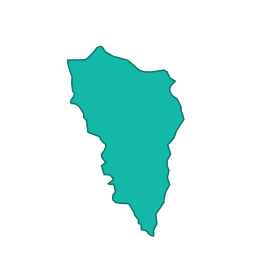 outline of Ouanda-Djallé, Vakaga, Central African Republic, rotated 221°
{"feature_id": "33826404B28698929649290", "entity_name": "Ouanda-Djallé", "entity_type": "district", "adm_level": 2, "iso_a3": "CAF", "parent_name": "Central African Republic", "parent_adm1": "Vakaga", "projection": "natural_earth1", "projection_center": [22.364, 9.073], "detail": "fine", "context": "isolated", "style": "filled", "palette": "teal", "viewbox_px": 256, "rotation_deg": 221, "n_neighbors": 0, "source": "geoboundaries", "source_scale": "gbopen_adm2", "svg_char_len": 1367}
<svg xmlns="http://www.w3.org/2000/svg" viewBox="0 0 256 256"><g transform="rotate(221 128 128)"><path d="M37.8,63.4L41.6,67.6L42.0,69.3L43.3,74.6L46.7,77.8L50.5,81.3L52.1,95.6L54.1,97.7L57.7,104.7L59.3,112.5L65.6,116.2L69.3,122.9L73.3,124.9L77.2,129.1L78.6,136.1L87.1,141.5L86.6,146.4L87.0,151.1L89.7,158.1L91.5,171.2L94.8,173.4L99.2,175.8L101.8,178.7L109.7,182.1L116.1,181.6L120.6,183.1L122.6,185.4L123.5,188.4L123.1,194.3L129.1,193.3L131.9,194.5L135.4,196.0L138.8,195.4L146.8,185.9L152.6,181.0L157.3,179.0L172.6,179.0L186.1,172.4L195.5,170.6L200.5,172.3L202.5,171.4L204.1,167.8L203.8,160.8L204.5,152.7L206.4,150.1L218.2,139.6L213.8,135.9L207.1,131.7L204.0,130.2L199.7,124.8L194.3,119.9L190.4,118.5L189.5,115.0L189.3,111.7L187.9,109.5L186.7,109.4L184.8,111.1L182.2,111.9L178.9,112.2L172.2,110.2L170.4,109.6L168.8,107.2L163.8,106.2L161.0,103.4L155.4,98.5L145.3,102.3L143.3,102.7L140.8,101.3L137.0,100.8L134.2,100.9L132.8,99.8L131.4,96.5L130.9,92.8L130.8,90.7L128.9,89.0L125.5,88.0L122.1,87.4L123.3,82.1L115.4,77.2L111.5,80.4L106.4,80.6L105.3,78.5L105.7,75.9L106.3,73.0L104.3,73.9L102.3,75.9L100.1,75.1L96.3,72.1L95.3,70.3L95.5,68.0L93.6,65.0L91.9,63.8L88.5,63.7L84.4,66.1L77.8,71.5L71.3,69.2L68.2,68.3L65.4,66.5L60.1,65.8L57.6,63.0L54.5,63.7L51.4,60.0L48.1,61.9L45.3,62.4L43.1,61.6L39.1,62.3L37.8,63.4Z" fill="#14b8a6" stroke="#0f766e" stroke-width="1.5"/></g></svg>